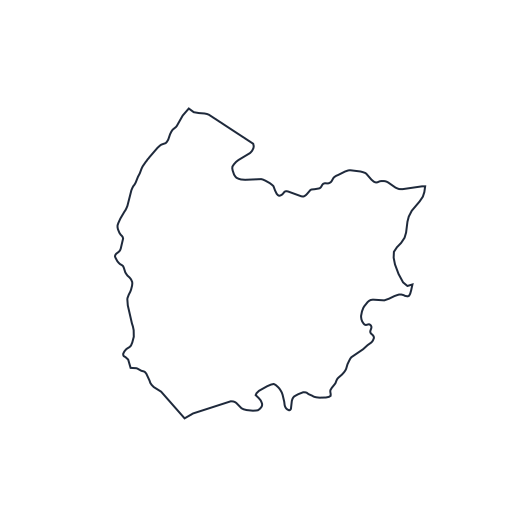 Phayao, Robinson projection, rotated 44°
{"feature_id": "THA-394", "entity_name": "Phayao", "entity_type": "Province", "adm_level": 1, "iso_a3": "THA", "parent_name": "Thailand", "parent_adm1": "", "projection": "robinson", "projection_center": [100.226, 19.268], "detail": "fine", "context": "isolated", "style": "outline", "palette": "slate", "viewbox_px": 512, "rotation_deg": 44, "n_neighbors": 0, "source": "natural_earth", "source_scale": "10m", "svg_char_len": 4420}
<svg xmlns="http://www.w3.org/2000/svg" viewBox="0 0 512 512"><g transform="rotate(44 256 256)"><path d="M329.3,88.4L332.7,93.1L334.8,97.4L335.8,103.1L336.6,115.2L338.5,121.5L341.1,126.1L347.7,134.9L350.2,139.7L351.3,145.8L351.3,151.8L352.3,157.2L356.2,161.6L361.8,165.5L371.0,169.9L380.1,172.8L385.7,172.4L388.3,167.8L391.5,173.0L393.1,176.0L393.4,177.0L393.7,178.3L393.2,179.6L391.9,180.5L390.8,181.2L389.4,181.6L387.4,182.7L385.7,184.3L384.7,186.1L383.4,188.7L381.3,194.4L379.1,198.8L370.4,206.2L369.0,208.1L368.5,209.7L368.3,211.6L368.8,217.0L369.2,218.7L370.7,222.2L373.2,226.1L374.0,226.9L375.8,228.3L377.8,229.3L380.4,229.9L381.7,229.9L382.7,229.5L383.4,228.7L384.0,227.6L384.7,226.6L385.8,226.2L387.0,226.2L388.1,226.7L388.9,227.5L390.4,230.7L391.3,231.5L392.4,231.9L394.9,231.8L396.1,232.0L397.2,232.5L397.9,233.3L398.8,235.6L399.0,236.9L399.0,238.3L398.2,242.6L397.8,248.7L394.9,262.6L395.1,264.3L395.8,266.7L397.0,270.3L399.2,274.5L399.6,275.7L399.9,277.1L400.1,278.6L400.2,281.6L399.8,286.1L399.8,287.6L400.1,288.8L400.5,290.0L401.0,291.1L401.5,292.3L401.7,293.7L402.1,298.2L402.7,300.8L403.4,301.7L404.2,302.4L405.2,303.1L406.1,303.9L406.8,304.8L406.3,306.7L404.6,309.2L400.1,313.8L397.6,315.7L395.8,316.8L394.7,317.2L393.4,317.5L389.9,318.8L388.7,319.0L387.5,319.1L386.2,319.8L384.6,321.2L382.4,326.0L381.6,328.5L381.0,330.6L381.1,332.0L381.4,333.2L381.9,334.3L382.4,335.3L387.3,341.7L387.5,342.9L387.0,344.0L385.2,344.6L383.6,344.7L382.3,344.4L381.1,343.9L380.1,343.3L377.5,341.2L371.6,337.4L369.4,336.3L367.1,335.6L364.8,335.1L362.9,335.0L360.0,335.1L358.7,335.4L357.6,335.8L356.1,338.1L354.5,341.9L351.8,350.9L351.7,354.3L352.4,356.3L356.7,356.3L359.5,356.6L360.7,357.0L362.9,358.0L363.8,358.8L364.4,359.7L364.8,361.0L364.9,362.4L364.9,363.7L364.5,365.7L363.3,367.2L361.3,369.4L356.2,373.4L353.5,374.9L351.3,375.6L344.0,375.4L342.7,375.6L341.6,376.0L340.6,376.5L338.8,378.0L320.1,413.0L317.4,422.4L282.0,419.5L273.5,421.3L270.4,421.2L268.1,420.7L266.0,419.6L259.0,416.9L256.9,416.6L255.6,416.9L253.3,418.2L248.8,419.4L247.8,419.9L243.5,423.6L236.0,419.3L232.4,419.4L230.4,419.9L229.2,419.4L228.4,418.6L228.0,417.4L227.6,416.1L227.5,414.8L227.4,413.4L227.6,412.0L228.3,409.3L228.3,407.3L227.1,404.2L224.2,399.0L219.6,394.4L216.4,392.2L213.6,390.7L198.1,380.6L193.6,376.6L192.8,375.6L191.3,372.1L190.4,369.1L189.5,367.0L187.5,363.5L186.2,361.8L185.0,360.7L182.8,359.8L181.7,359.5L179.8,359.3L177.2,359.4L175.5,359.1L173.4,358.6L168.7,356.1L167.2,355.6L166.1,355.7L163.7,356.3L162.0,356.3L160.0,356.1L156.8,355.1L155.5,354.6L154.8,354.2L154.4,353.6L154.0,352.6L153.9,351.4L154.3,348.9L154.4,347.5L154.2,346.2L153.6,344.7L148.3,335.8L147.0,335.0L145.6,334.7L143.9,334.7L141.6,334.2L138.0,332.6L136.3,331.4L135.1,330.1L134.1,328.0L132.4,323.2L130.5,315.3L130.3,313.9L129.7,311.9L128.7,309.3L120.7,295.3L119.8,293.0L119.2,291.0L119.1,289.5L118.8,288.1L118.4,286.7L116.1,281.1L115.0,277.3L113.0,272.7L112.2,270.3L111.3,264.8L111.2,263.3L110.9,261.9L110.9,260.5L110.7,259.0L110.0,246.6L110.2,243.5L110.4,242.1L110.9,240.9L112.6,237.6L112.6,235.8L112.0,233.2L109.6,228.1L108.7,225.3L108.3,223.0L108.8,218.9L108.7,217.5L105.7,205.9L105.2,196.6L111.3,195.8L115.7,192.8L119.9,189.3L122.1,187.9L124.0,187.1L176.0,177.2L178.0,178.5L178.7,179.4L179.3,180.4L179.7,181.7L180.1,183.0L180.2,184.5L180.2,186.0L176.7,199.2L176.3,202.1L176.4,205.3L176.9,208.0L178.0,209.4L179.8,210.7L183.7,212.7L185.9,213.2L187.6,213.3L189.9,212.5L192.0,211.4L195.3,208.7L206.3,197.1L207.9,196.2L210.4,195.3L215.3,194.0L217.9,193.7L219.8,193.6L220.8,194.0L224.1,195.6L227.7,196.9L229.5,197.0L230.8,196.6L231.4,195.7L231.8,194.7L232.1,193.6L232.1,192.3L231.9,190.0L232.2,189.2L232.7,188.4L233.5,187.8L234.3,187.3L247.1,181.6L248.6,180.5L249.1,179.6L249.4,178.5L249.6,177.3L249.6,175.9L249.3,170.8L249.4,170.5L249.5,170.1L249.9,169.4L251.8,167.2L254.2,163.9L254.7,163.1L254.9,162.0L254.8,160.9L254.5,159.8L254.2,158.6L254.2,157.4L254.6,156.5L255.1,155.7L256.7,154.4L257.4,153.7L257.9,152.9L258.3,151.8L258.5,150.7L258.4,149.6L257.8,147.3L257.5,146.1L257.5,144.7L258.0,142.5L258.8,140.7L261.4,133.3L262.9,130.4L263.6,129.5L264.4,128.7L272.5,122.6L274.9,121.3L276.9,120.4L278.2,120.2L286.0,120.9L289.1,120.7L290.7,120.1L291.8,119.2L292.3,118.3L292.7,117.3L293.2,116.2L294.2,114.9L296.6,112.7L298.3,111.8L300.0,111.3L308.8,109.9L311.0,109.1L312.5,108.4L315.0,106.1L327.0,90.6L329.3,88.4Z" fill="none" stroke="#1e293b" stroke-width="2"/></g></svg>